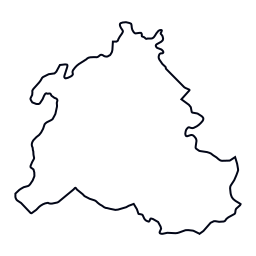 Zabul, Mercator projection
{"feature_id": "AFG-1755", "entity_name": "Zabul", "entity_type": "Province", "adm_level": 1, "iso_a3": "AFG", "parent_name": "Afghanistan", "parent_adm1": "", "projection": "mercator", "projection_center": [67.11, 32.305], "detail": "fine", "context": "isolated", "style": "outline", "palette": "ink", "viewbox_px": 256, "rotation_deg": 0, "n_neighbors": 0, "source": "natural_earth", "source_scale": "10m", "svg_char_len": 5337}
<svg xmlns="http://www.w3.org/2000/svg" viewBox="0 0 256 256"><path d="M240.6,204.1L240.1,205.2L236.2,208.7L235.6,210.0L235.2,212.9L234.6,213.9L228.4,217.3L226.4,218.9L225.1,220.8L223.8,221.5L219.1,221.8L215.5,221.2L213.9,221.2L210.6,222.8L203.4,231.0L199.5,233.8L199.4,233.7L193.5,230.8L192.6,230.6L188.2,230.1L185.5,230.2L179.1,232.5L177.4,233.0L175.4,233.2L167.5,232.8L166.8,232.9L163.1,233.7L162.4,233.8L161.8,233.8L161.1,233.7L160.5,233.5L159.9,233.2L159.7,232.8L159.6,232.2L160.0,231.2L160.9,229.2L161.1,228.7L160.6,226.6L158.1,222.0L152.9,219.0L151.0,218.5L150.5,218.7L150.2,219.3L149.5,220.9L149.1,221.4L148.8,221.6L148.6,221.6L148.3,221.5L147.2,221.1L146.0,220.5L145.2,219.8L144.3,218.7L142.7,215.2L142.2,214.7L141.3,214.4L140.5,214.2L138.8,214.0L138.5,213.8L138.3,213.3L136.9,209.2L133.7,203.9L128.7,205.8L126.2,207.2L118.0,209.6L115.4,209.9L110.0,208.8L106.8,208.0L106.1,208.0L105.2,207.7L104.1,207.2L102.2,205.8L99.6,204.3L97.5,202.6L96.5,201.6L95.5,200.8L94.4,200.3L89.7,198.8L84.5,196.1L82.7,194.2L77.1,189.7L76.6,189.1L75.8,188.0L75.4,187.8L74.9,188.0L73.5,189.5L58.5,201.9L57.3,202.5L52.0,203.6L50.3,203.6L49.1,203.4L48.6,203.1L48.1,202.9L47.5,202.9L45.1,203.4L42.9,204.3L40.6,205.7L39.1,206.9L36.3,209.8L31.6,213.2L30.9,213.1L30.6,213.0L21.1,203.0L17.3,200.5L16.9,200.1L16.3,199.4L15.7,198.1L15.4,197.0L15.4,193.6L19.3,189.9L20.9,188.8L23.7,187.2L28.1,186.0L28.7,185.6L29.2,185.3L30.3,184.0L32.7,180.4L34.1,176.9L34.4,176.0L34.3,172.5L33.5,169.5L32.5,168.7L31.2,167.8L30.7,167.4L30.5,166.7L30.6,165.8L32.1,162.2L33.7,159.3L34.0,158.6L34.1,157.9L33.5,154.8L33.3,151.7L33.3,151.4L33.2,151.1L32.9,150.1L32.7,148.4L32.6,147.6L32.0,146.2L31.8,145.1L31.8,144.0L32.2,142.4L32.9,141.0L33.5,140.1L36.4,137.1L39.2,134.9L41.1,132.5L42.4,130.1L43.1,128.8L44.6,124.3L45.5,123.3L46.8,122.3L51.0,120.2L52.1,119.5L52.6,119.1L54.1,116.4L55.3,114.1L55.5,113.4L56.9,107.0L57.0,106.2L57.0,105.4L56.8,103.0L56.9,102.4L57.3,101.0L57.4,100.2L57.1,99.5L56.6,98.8L55.7,98.3L54.5,97.9L54.2,97.7L53.3,97.0L52.0,96.1L51.6,95.8L51.3,95.4L50.9,94.5L50.6,94.0L50.1,93.6L49.2,93.5L48.0,93.7L47.5,93.7L47.0,93.6L46.6,93.4L46.2,93.3L45.8,93.5L45.2,93.9L44.5,95.0L44.0,95.9L42.6,99.2L40.1,103.0L39.5,103.6L38.6,104.0L37.1,104.0L36.1,103.9L32.3,102.4L31.3,100.8L30.8,99.9L30.5,99.1L30.5,98.5L30.8,97.7L32.2,94.9L32.3,93.5L32.4,92.3L32.3,91.3L32.4,90.5L33.4,88.9L39.2,82.4L40.7,80.4L42.1,77.9L43.1,77.0L48.7,74.2L54.5,73.4L56.3,71.7L59.9,65.0L65.1,64.4L66.9,64.6L67.3,65.0L67.4,65.4L67.4,66.1L67.1,67.4L64.5,75.5L64.3,76.4L64.3,77.0L64.5,77.5L64.9,78.0L65.4,78.3L66.4,78.2L67.9,77.8L70.7,76.5L72.0,75.6L72.8,74.5L72.8,73.7L72.5,72.1L72.6,71.4L72.8,70.8L73.1,70.1L75.0,67.6L76.8,65.7L78.8,64.1L86.5,59.2L87.3,58.4L88.6,57.7L90.3,57.3L93.9,57.1L96.8,57.2L97.5,57.0L98.3,56.6L100.4,54.9L101.7,54.8L102.8,55.2L104.0,56.0L104.7,56.3L105.7,56.5L106.6,56.6L107.4,56.5L107.9,56.3L108.8,55.7L109.4,55.5L110.0,55.1L110.5,54.5L111.3,53.1L111.8,52.3L112.2,50.8L112.4,49.8L112.9,41.6L116.5,41.6L117.1,41.2L117.8,40.7L118.1,40.0L118.3,39.3L119.8,36.6L121.8,33.8L122.6,32.4L122.9,31.4L122.8,30.8L122.5,30.2L120.9,27.8L120.4,26.7L120.0,25.7L119.9,24.4L120.1,23.7L120.6,23.2L121.2,23.0L122.7,22.5L126.0,22.2L129.4,23.0L130.4,23.4L131.1,23.8L131.3,24.4L131.5,25.0L131.8,27.8L132.1,29.1L132.6,30.4L133.8,32.3L134.6,33.0L135.1,33.3L135.6,33.4L139.2,32.9L140.4,32.9L141.0,32.9L141.4,33.3L141.6,33.7L141.8,34.2L141.8,34.6L141.8,35.7L141.9,36.3L142.2,36.5L143.9,37.1L144.6,37.6L145.6,38.5L146.1,38.8L146.8,38.8L147.6,38.5L151.3,38.5L152.0,38.4L152.8,38.0L153.4,37.6L154.0,37.0L155.0,35.6L156.4,33.3L158.3,31.0L158.9,30.6L159.6,30.2L160.9,30.0L161.5,30.1L161.8,30.4L161.7,30.9L161.6,31.4L161.5,31.7L161.0,32.5L160.8,33.0L160.7,33.3L160.7,33.6L160.8,33.8L160.9,34.0L161.6,34.7L162.0,35.4L162.3,35.7L162.6,36.4L162.8,37.2L163.0,38.1L163.1,38.9L162.9,39.6L162.7,40.3L162.2,40.8L161.7,41.3L161.1,41.8L156.6,44.3L156.1,44.8L155.8,45.5L155.9,46.2L156.5,47.3L157.2,47.9L161.4,49.5L162.3,50.3L162.9,51.0L163.2,51.6L163.3,52.1L163.3,52.5L163.1,52.8L162.8,53.1L162.3,53.3L160.6,53.4L160.2,53.6L159.8,53.9L159.4,54.4L159.1,55.0L158.9,55.7L158.7,56.4L158.7,57.9L159.3,59.5L162.4,64.0L165.4,66.8L165.7,67.3L165.9,68.6L166.3,69.1L184.1,87.1L185.3,87.9L189.2,89.6L189.5,90.0L189.4,90.4L181.4,99.3L188.9,104.8L190.8,107.2L191.7,111.9L192.1,112.4L192.4,112.6L196.9,113.4L197.8,113.7L201.7,116.2L202.7,117.2L203.3,118.2L203.3,118.9L203.2,119.7L202.9,120.4L202.4,121.2L200.8,123.0L198.9,124.8L196.8,126.3L193.6,127.9L193.0,128.0L192.5,128.1L192.1,128.1L190.9,127.9L189.1,127.3L188.7,127.3L188.4,127.4L187.9,127.7L187.4,128.2L186.7,129.0L186.0,130.2L185.6,131.7L185.3,133.7L185.5,134.9L185.9,135.8L186.4,136.1L186.9,136.2L187.3,136.2L190.6,135.1L191.3,135.0L191.8,135.0L192.2,135.1L192.9,135.3L193.7,135.9L194.6,136.8L195.9,138.5L196.3,139.7L196.5,140.9L195.7,146.3L195.6,147.5L195.8,148.2L196.2,148.7L197.3,149.5L199.0,150.7L199.8,151.0L207.1,152.1L209.3,152.8L210.9,153.5L213.2,155.3L216.5,157.4L218.3,159.0L219.8,160.1L220.9,160.6L222.0,160.8L229.7,160.6L230.4,160.2L235.1,157.1L237.1,163.7L238.0,168.8L238.1,169.9L238.1,170.3L237.7,171.6L236.3,175.4L234.2,180.2L230.7,185.6L230.3,186.6L230.2,187.4L230.1,188.3L230.3,190.4L230.6,193.2L230.9,194.6L231.3,195.8L231.8,197.1L232.5,198.1L233.4,199.2L235.5,200.9L239.8,203.5L240.6,204.1L240.6,204.1Z" fill="none" stroke="#020617" stroke-width="2"/></svg>